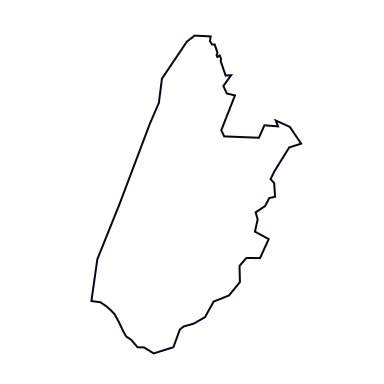 outline of Mansoura, Cyprus, rotated 172°
{"feature_id": "46923920B83327949729976", "entity_name": "Mansoura", "entity_type": "district", "adm_level": 2, "iso_a3": "CYP", "parent_name": "Cyprus", "parent_adm1": "", "projection": "albers", "projection_center": [32.619, 35.182], "detail": "fine", "context": "isolated", "style": "outline", "palette": "ink", "viewbox_px": 384, "rotation_deg": 172, "n_neighbors": 0, "source": "geoboundaries", "source_scale": "gbopen_adm2", "svg_char_len": 920}
<svg xmlns="http://www.w3.org/2000/svg" viewBox="0 0 384 384"><g transform="rotate(172 192 192)"><path d="M306.8,98.0L298.1,95.6L292.3,90.3L288.9,86.3L285.5,81.5L282.1,72.2L279.6,63.9L277.2,58.0L272.8,54.1L267.5,45.8L261.2,44.8L252.4,37.5L232.0,40.9L223.2,57.5L218.9,60.0L208.7,61.4L196.5,66.3L185.8,80.5L169.8,84.4L157.1,96.1L155.2,112.2L147.4,119.1L133.8,117.1L122.6,134.7L135.2,144.0L130.8,155.7L131.8,163.0L121.6,167.9L116.3,175.3L110.4,175.7L109.4,189.4L112.4,193.8L107.5,201.1L89.5,222.6L77.2,224.7L86.1,242.9L99.1,251.1L97.7,245.0L111.0,248.0L118.2,236.4L152.4,242.6L154.4,249.1L136.0,281.7L143.8,284.7L146.2,292.6L137.0,302.2L142.5,302.6L145.4,317.7L144.7,319.7L145.5,323.3L148.1,322.2L148.6,324.0L147.4,326.4L149.0,334.9L151.8,335.4L153.2,338.9L151.9,343.5L167.6,346.5L176.1,341.7L206.0,308.4L212.4,284.9L224.1,265.7L265.2,190.6L295.1,138.6L306.8,98.0Z" fill="none" stroke="#020617" stroke-width="2"/></g></svg>